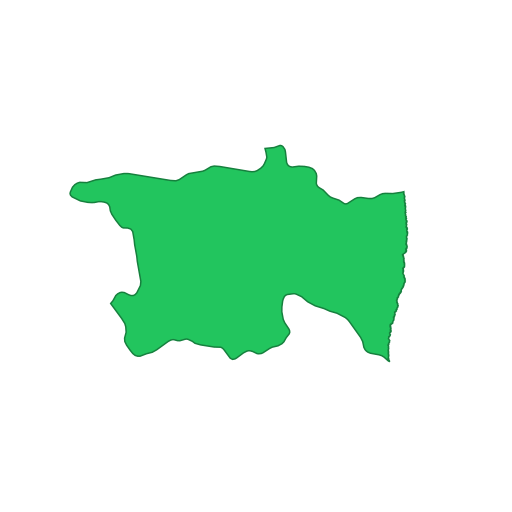 outline of Enriquillo, Barahona, Dominican Republic, rotated 324°
{"feature_id": "3306468B23311881925490", "entity_name": "Enriquillo", "entity_type": "district", "adm_level": 2, "iso_a3": "DOM", "parent_name": "Dominican Republic", "parent_adm1": "Barahona", "projection": "orthographic", "projection_center": [-71.267, 17.983], "detail": "fine", "context": "isolated", "style": "filled", "palette": "green", "viewbox_px": 512, "rotation_deg": 324, "n_neighbors": 0, "source": "geoboundaries", "source_scale": "gbopen_adm2", "svg_char_len": 6158}
<svg xmlns="http://www.w3.org/2000/svg" viewBox="0 0 512 512"><g transform="rotate(324 256 256)"><path d="M413.2,290.8L411.0,289.9L403.4,285.9L397.5,281.4L395.1,280.0L392.5,279.3L386.2,278.6L383.7,277.7L380.7,275.5L375.4,270.4L372.3,268.4L369.6,267.8L360.8,267.3L359.3,266.7L358.2,265.6L356.0,259.6L352.2,254.3L350.8,251.9L350.1,249.3L349.1,242.1L347.2,237.7L346.8,236.1L346.9,234.4L347.4,232.8L352.1,227.0L353.2,224.7L353.6,221.1L353.0,218.4L351.0,215.3L347.8,212.0L343.4,208.5L337.5,205.3L335.9,203.4L335.3,201.8L335.3,200.1L335.7,198.4L341.0,189.1L342.0,186.8L342.1,183.4L341.6,181.9L340.5,180.7L334.4,178.9L326.5,174.3L325.0,178.1L322.8,182.5L321.4,183.7L317.0,186.3L314.7,187.3L311.3,187.8L307.0,187.6L304.6,186.9L302.3,185.5L300.2,183.6L279.3,162.3L275.1,158.7L272.0,157.3L265.3,156.7L262.8,156.1L250.0,149.8L247.5,149.4L238.8,149.1L235.4,148.1L231.2,144.6L201.3,114.4L197.7,111.7L190.0,108.0L183.1,106.3L175.5,102.6L171.1,100.2L162.4,97.3L156.7,92.8L154.2,92.0L151.4,91.8L148.0,92.5L143.3,95.2L142.2,96.3L141.7,97.8L142.0,100.1L146.3,108.2L151.4,113.7L154.3,116.1L156.5,117.6L160.6,119.5L162.8,121.1L164.8,123.1L166.4,125.3L166.9,127.1L166.9,128.8L166.5,130.4L164.7,133.9L163.9,137.6L163.6,144.5L163.8,151.2L164.3,153.8L165.1,155.2L168.6,157.9L170.4,160.4L170.6,161.2L170.6,163.8L167.0,171.2L164.5,175.5L159.3,186.3L156.8,190.6L147.9,208.9L145.1,212.0L137.8,215.8L135.3,216.2L133.6,215.9L131.6,214.5L130.2,212.5L128.0,208.2L126.2,206.5L124.6,205.7L121.9,205.3L119.3,205.6L114.0,208.1L110.5,209.0L110.6,227.6L110.2,233.5L109.0,236.8L106.1,241.4L101.4,245.2L99.6,248.1L98.9,252.1L98.8,258.4L99.0,262.5L99.8,265.4L101.3,267.4L103.3,268.9L110.0,270.7L115.5,272.9L120.5,273.5L134.7,273.5L137.5,273.9L139.1,274.5L140.4,275.4L142.7,278.3L144.6,279.8L149.8,281.7L151.2,282.5L152.2,283.7L154.4,287.7L155.3,290.7L158.9,295.3L168.6,305.0L173.9,309.1L174.6,310.6L175.0,312.3L175.1,323.5L176.2,325.8L178.5,326.9L180.3,327.1L189.0,327.0L192.7,327.6L194.4,328.3L195.7,329.4L197.2,331.3L199.5,335.6L200.7,336.7L203.0,338.0L204.9,338.4L212.7,338.8L215.6,339.3L221.0,341.6L225.4,342.2L228.1,341.8L232.5,339.8L237.1,338.5L238.4,337.6L239.3,336.1L239.7,334.4L240.0,326.8L240.8,323.2L244.1,316.3L247.0,312.4L251.1,308.1L252.6,306.9L255.1,305.5L256.8,305.2L258.6,305.5L264.1,308.5L265.4,309.5L266.3,310.8L269.0,315.7L270.9,323.4L274.6,331.1L280.2,338.6L283.3,344.0L287.9,349.9L292.1,358.3L292.8,361.2L293.0,364.1L292.8,383.3L292.0,388.0L289.6,393.3L289.2,395.9L289.4,397.7L289.9,399.4L291.4,401.9L297.5,408.3L299.2,410.7L300.2,413.2L301.3,418.4L302.1,420.2L302.1,418.7L302.4,418.7L302.4,417.2L302.8,417.2L302.8,416.5L303.2,416.5L303.2,416.1L304.2,415.3L304.2,415.0L304.9,414.6L304.9,413.8L305.6,413.5L305.6,412.7L306.4,412.3L306.4,411.6L307.1,411.2L307.1,410.5L307.4,410.5L307.8,409.7L308.1,409.7L308.5,409.0L309.2,408.6L309.2,407.9L309.9,407.5L310.3,406.0L310.6,406.0L310.6,405.6L311.3,405.6L311.3,405.3L312.0,404.9L312.0,404.5L313.5,404.1L313.8,403.4L314.5,403.0L314.5,400.8L315.2,400.4L315.6,399.7L316.3,399.7L316.3,399.3L317.7,399.3L318.1,398.5L318.4,398.5L318.4,397.4L319.1,397.0L319.1,396.7L320.2,396.7L320.2,396.3L320.9,396.3L320.9,395.5L321.3,395.5L321.3,395.2L321.6,395.2L321.6,394.4L322.0,394.4L322.3,393.7L322.7,393.7L322.7,392.9L323.0,392.9L323.0,392.2L323.4,392.2L323.4,391.4L323.8,391.4L323.8,391.1L324.5,390.7L324.5,390.3L325.2,390.3L325.2,390.7L327.0,390.7L327.3,389.9L328.0,389.9L328.4,389.2L329.8,388.8L329.8,388.5L330.5,388.1L330.5,387.7L331.2,387.3L331.2,386.6L331.6,386.6L331.6,386.2L332.6,386.2L333.0,385.5L333.4,385.5L333.4,385.1L334.1,385.1L335.1,382.9L335.8,382.9L335.8,383.2L336.2,383.2L336.2,382.9L337.3,382.9L337.6,382.1L338.3,382.1L338.3,381.7L339.0,381.7L339.4,381.0L340.8,380.6L340.8,380.2L341.5,379.9L341.5,379.5L341.9,379.5L342.2,378.0L342.6,378.0L342.6,376.5L342.9,376.5L342.9,375.8L343.7,375.4L343.7,374.3L345.1,373.9L345.4,373.1L346.1,373.1L346.1,372.8L347.2,372.8L347.6,372.0L348.3,372.0L348.6,371.3L349.3,371.3L349.3,370.9L350.8,370.9L350.8,370.5L351.8,370.5L351.8,370.2L352.5,370.2L352.5,369.8L353.2,369.4L353.6,368.7L355.0,368.3L355.0,367.9L356.4,367.9L356.8,367.2L357.5,367.2L357.9,366.4L358.6,366.4L358.6,366.1L359.3,365.7L359.3,365.3L360.7,364.9L360.7,364.6L361.4,364.6L361.8,363.8L362.1,363.8L362.1,363.1L362.8,362.7L362.8,361.9L363.2,361.9L363.2,360.5L363.5,360.5L363.5,359.7L364.2,359.3L364.6,356.3L365.3,356.0L365.3,355.6L366.0,355.2L366.0,354.9L366.4,354.9L366.4,354.5L366.7,354.5L366.7,353.7L367.4,353.4L367.4,352.6L367.8,352.6L367.8,352.2L369.2,352.2L369.2,351.9L369.9,351.9L370.3,351.1L371.0,350.7L371.0,350.0L371.7,349.6L371.7,348.5L372.1,348.5L372.1,347.8L372.4,347.8L372.4,347.0L373.1,346.6L373.1,345.9L373.5,345.9L373.8,345.1L374.2,345.1L374.5,343.6L374.9,343.6L374.9,342.2L375.3,342.2L375.3,341.4L375.6,341.4L375.6,341.0L379.2,341.0L379.2,340.7L379.9,340.7L379.9,340.3L380.6,340.3L380.6,339.9L380.9,339.9L380.9,339.2L381.3,339.2L381.3,338.4L382.4,338.4L382.4,338.0L383.1,338.0L383.4,337.3L384.1,336.9L384.1,335.1L384.5,335.1L384.5,334.7L384.8,334.7L384.8,333.9L385.6,333.6L385.9,332.8L386.3,332.8L386.3,332.4L387.0,332.1L387.0,331.7L387.3,331.7L387.7,331.0L388.0,331.0L388.0,330.6L388.4,330.6L388.8,329.1L389.5,328.7L389.5,328.3L390.9,328.0L391.2,327.2L391.9,326.8L391.9,326.1L392.3,326.1L392.3,325.4L392.7,325.4L392.7,324.2L393.7,323.5L393.7,323.1L394.1,323.1L394.1,322.7L394.4,322.7L394.4,322.0L394.8,322.0L394.8,321.6L394.4,321.6L394.4,321.2L394.8,321.2L394.8,320.5L395.1,320.5L395.5,319.8L396.2,319.4L396.2,318.6L396.6,318.6L396.6,317.9L397.3,317.5L397.3,317.1L398.0,317.1L398.0,316.8L398.3,316.8L398.3,316.0L398.7,316.0L398.7,314.5L399.4,314.2L399.4,313.8L399.8,313.8L399.7,313.0L400.5,312.7L400.5,311.9L400.8,311.9L400.8,310.8L401.5,310.4L401.9,308.9L402.6,308.9L402.6,308.5L402.9,308.5L402.9,307.8L404.0,307.1L404.4,305.6L404.7,305.6L405.1,304.8L405.8,304.4L405.8,303.7L406.1,303.7L406.1,302.9L406.5,302.9L406.5,302.2L407.2,301.8L407.2,301.5L407.6,301.5L407.6,300.3L407.9,300.3L408.3,298.8L409.0,298.8L409.0,298.1L409.7,297.7L410.0,296.2L410.8,295.9L411.1,295.1L411.5,295.1L411.8,292.9L412.2,292.9L412.2,292.1L412.9,291.7L412.9,291.0L413.2,290.8Z" fill="#22c55e" stroke="#15803d" stroke-width="1.5"/></g></svg>